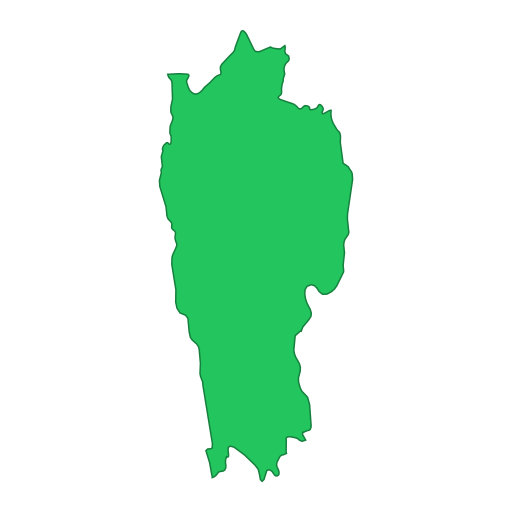 the State of Mizoram
{"feature_id": "IND-3300", "entity_name": "Mizoram", "entity_type": "State", "adm_level": 1, "iso_a3": "IND", "parent_name": "India", "parent_adm1": "", "projection": "orthographic", "projection_center": [92.8, 23.22], "detail": "fine", "context": "isolated", "style": "filled", "palette": "green", "viewbox_px": 512, "rotation_deg": 0, "n_neighbors": 0, "source": "natural_earth", "source_scale": "10m", "svg_char_len": 4325}
<svg xmlns="http://www.w3.org/2000/svg" viewBox="0 0 512 512"><path d="M331.1,110.3L330.9,113.8L331.2,117.6L332.1,120.7L333.4,123.7L336.9,129.5L338.3,131.2L339.3,132.0L339.9,133.3L340.5,136.1L340.3,142.5L343.1,163.2L348.3,166.8L349.3,168.6L351.5,171.8L352.2,173.7L352.6,179.5L347.5,214.1L347.4,219.0L348.5,229.5L348.8,231.5L348.7,233.1L348.2,234.6L345.0,239.2L344.0,242.1L343.7,245.2L344.5,252.7L343.2,264.8L343.3,267.5L343.6,269.7L343.6,271.9L336.8,285.8L334.4,289.1L331.2,291.9L326.9,294.1L322.6,294.3L319.1,291.5L316.9,288.0L314.4,285.6L311.2,284.7L307.1,286.3L305.1,289.5L304.8,294.2L305.6,299.2L306.9,303.0L310.2,309.4L311.3,313.0L311.0,316.3L308.6,320.0L302.8,327.0L301.2,331.2L300.6,330.9L295.2,335.7L293.8,350.0L294.4,353.7L295.7,357.1L299.4,363.7L300.4,367.2L300.2,371.1L298.4,378.1L298.6,382.3L300.3,388.1L301.7,391.0L307.6,397.3L309.6,404.6L311.1,425.5L311.0,427.3L310.2,429.5L308.9,430.3L307.3,430.6L303.7,432.2L302.9,432.1L302.7,432.4L302.6,434.6L305.7,440.1L302.1,441.3L299.5,440.2L297.3,438.4L294.3,437.5L289.9,436.7L288.3,436.8L286.4,437.6L286.0,438.6L286.3,439.9L286.1,452.0L286.5,453.4L283.6,454.7L281.5,455.2L279.9,456.5L276.9,462.4L276.6,464.8L277.1,467.1L278.2,469.4L278.7,470.7L279.0,471.9L279.0,473.2L278.9,474.4L278.6,474.8L278.2,475.2L277.1,475.9L276.0,475.9L275.0,475.5L274.1,474.4L272.0,471.3L269.3,469.7L266.8,470.5L265.6,474.4L264.0,479.5L262.1,481.3L260.4,479.6L259.5,474.4L258.2,469.3L255.2,465.3L244.6,455.0L234.1,447.2L230.1,446.1L228.4,447.4L228.0,449.7L228.6,454.8L228.4,456.6L227.7,457.1L226.9,456.9L226.5,456.7L225.5,460.2L225.5,462.8L225.9,465.3L225.8,467.8L224.6,470.2L222.8,471.2L220.8,471.4L218.7,472.0L216.8,474.4L215.9,475.5L214.7,476.4L213.5,477.1L212.2,477.6L212.1,476.0L211.7,474.4L209.6,462.6L205.9,450.6L207.9,448.9L210.3,448.9L212.2,448.0L212.4,443.5L202.9,385.2L202.7,382.1L200.6,376.6L200.0,373.6L200.4,363.2L199.2,349.5L198.5,346.7L196.7,344.0L192.3,340.1L190.4,337.5L189.2,332.0L187.9,318.2L185.5,315.2L180.0,312.9L177.0,308.2L175.7,302.2L175.9,289.8L171.8,264.5L172.0,257.4L172.7,254.8L175.6,248.6L176.8,245.4L176.7,243.6L175.9,241.8L175.1,238.9L175.0,237.1L175.5,233.6L175.3,232.0L174.7,231.1L172.6,229.4L171.8,228.2L171.6,226.9L171.8,224.5L171.6,223.1L170.7,221.6L168.5,219.5L167.7,218.1L166.9,215.4L166.0,206.7L159.8,186.4L159.4,180.4L161.3,172.9L161.0,169.7L162.4,166.7L161.3,156.7L162.3,153.0L162.9,151.5L162.9,150.6L162.5,149.5L162.5,148.5L162.9,147.2L163.6,145.6L164.2,144.9L165.6,143.6L166.0,143.2L166.4,142.8L166.9,142.7L167.6,142.7L168.1,143.0L168.5,143.4L168.8,143.9L169.2,144.2L169.8,144.3L170.4,143.9L170.7,143.4L171.0,142.2L171.2,140.5L171.1,138.8L171.2,137.5L171.1,136.5L171.0,135.8L170.2,134.1L170.0,133.5L169.9,132.4L170.0,128.1L170.2,126.6L170.4,125.6L172.5,120.3L173.0,117.7L172.8,116.7L172.5,115.7L171.5,113.5L171.2,113.0L170.9,111.9L170.8,110.3L170.9,106.5L172.4,99.8L172.5,98.4L172.0,83.1L171.8,81.7L171.4,80.5L170.8,79.6L170.0,78.7L169.6,78.3L168.6,77.1L167.7,74.3L179.1,73.7L186.8,74.1L188.0,74.3L188.6,74.8L188.9,75.3L188.9,75.8L188.6,76.7L188.2,77.6L187.0,79.8L186.6,80.7L186.6,81.9L188.0,86.6L189.3,89.5L190.2,90.9L191.4,92.1L192.8,93.2L194.5,93.9L195.9,94.0L197.2,93.8L198.7,93.2L200.7,91.7L202.3,90.1L204.5,87.3L209.8,82.7L214.9,77.4L216.7,76.1L218.4,75.2L219.6,74.9L220.7,74.3L221.0,72.9L220.8,71.3L220.4,69.5L220.4,66.8L221.8,64.2L229.7,55.8L233.2,52.3L234.2,50.9L234.7,49.7L235.4,46.7L240.6,32.8L241.3,31.4L242.4,30.7L243.6,31.0L245.6,33.0L246.6,34.5L253.9,49.6L255.3,51.3L257.5,51.7L259.6,51.6L270.4,47.0L272.7,48.1L277.9,48.9L280.4,48.9L284.8,45.6L285.3,47.2L284.8,51.3L285.5,53.7L288.6,56.0L289.2,58.6L288.7,60.6L286.0,63.3L284.8,65.4L284.1,67.9L284.0,70.1L284.7,74.0L284.3,75.3L283.3,78.5L283.2,80.6L283.0,81.7L282.2,83.9L281.5,88.3L281.6,92.3L281.4,93.4L281.1,94.3L280.4,95.1L279.5,95.8L278.7,96.6L278.2,97.3L278.5,98.2L279.3,98.9L281.1,99.8L293.4,104.0L295.6,105.4L297.0,106.7L297.9,107.9L299.1,108.8L300.5,108.9L302.0,108.1L303.9,106.2L304.8,105.7L306.0,105.7L307.7,106.0L309.2,107.0L309.6,107.7L309.6,108.5L309.6,109.0L310.0,109.5L310.9,109.7L312.4,109.6L315.1,108.9L316.6,108.0L317.6,107.0L318.3,105.6L318.9,104.8L319.8,104.5L320.7,104.9L322.3,106.6L323.0,108.0L323.2,109.3L322.9,110.4L322.4,111.6L322.0,112.7L322.4,113.6L323.7,113.6L329.7,110.4L331.1,110.3L331.1,110.3Z" fill="#22c55e" stroke="#15803d" stroke-width="1.5"/></svg>